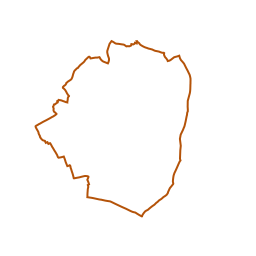 the district of Ibadan South West, Oyo, Nigeria, rotated 330°
{"feature_id": "59680162B83508950999506", "entity_name": "Ibadan South West", "entity_type": "district", "adm_level": 2, "iso_a3": "NGA", "parent_name": "Nigeria", "parent_adm1": "Oyo", "projection": "robinson", "projection_center": [3.862, 7.363], "detail": "fine", "context": "isolated", "style": "outline", "palette": "amber", "viewbox_px": 256, "rotation_deg": 330, "n_neighbors": 0, "source": "geoboundaries", "source_scale": "gbopen_adm2", "svg_char_len": 5473}
<svg xmlns="http://www.w3.org/2000/svg" viewBox="0 0 256 256"><g transform="rotate(330 128 128)"><path d="M139.1,199.1L139.4,198.8L140.1,196.8L141.1,195.3L142.7,193.2L143.8,191.9L144.7,191.1L145.6,190.3L147.5,189.0L149.9,187.3L151.8,185.9L154.1,184.2L156.1,182.8L157.2,182.4L157.6,180.7L162.2,173.4L164.8,169.8L167.5,163.4L170.3,160.1L174.7,157.1L176.2,155.9L177.3,155.1L178.0,154.5L179.6,152.8L181.2,151.1L183.2,148.8L184.7,147.1L185.6,146.2L186.9,144.4L187.5,143.9L188.1,143.5L189.1,141.8L190.3,139.4L193.3,134.4L195.0,132.7L199.0,128.7L200.2,127.2L201.3,125.6L202.6,123.5L203.7,121.7L204.3,120.8L205.0,119.6L206.1,117.8L206.9,116.3L207.6,114.2L208.0,112.6L208.1,110.7L208.3,108.3L208.4,105.0L208.7,100.3L208.4,98.4L207.8,95.5L207.9,93.5L208.5,91.0L206.3,90.6L204.6,90.1L203.3,89.8L201.2,90.1L198.9,90.4L197.6,90.4L195.9,89.9L196.0,89.5L196.1,89.0L196.0,88.3L196.0,88.1L196.0,87.8L196.0,87.3L195.9,86.9L195.9,86.7L195.8,86.2L195.6,85.6L195.6,85.1L195.5,84.5L195.6,84.3L195.6,84.1L195.7,83.7L195.7,83.1L195.8,82.6L196.1,82.1L196.4,81.7L196.8,81.2L196.7,80.9L196.3,80.7L196.2,80.5L195.4,80.1L194.1,78.7L193.1,77.4L191.9,76.3L190.5,75.1L189.8,74.4L189.6,74.1L189.3,73.7L188.8,73.0L188.5,72.5L188.3,72.2L187.7,71.6L187.0,70.9L186.3,70.2L185.7,69.7L185.3,69.2L184.9,68.8L184.5,68.2L183.9,67.6L182.8,66.3L181.5,64.3L180.3,62.1L180.1,61.0L180.1,60.2L179.5,58.7L179.2,58.0L179.3,57.4L178.8,57.1L178.6,57.8L178.1,58.6L178.0,58.8L177.8,59.1L176.7,57.8L176.6,57.7L176.4,58.0L176.1,58.2L175.6,58.3L174.9,58.3L174.2,58.2L173.9,57.9L173.4,57.4L173.1,57.1L172.8,57.0L172.6,57.3L172.4,57.6L172.2,57.9L172.0,58.1L171.7,58.1L170.8,58.0L170.4,58.0L169.8,57.8L169.5,57.6L168.9,57.1L168.6,57.0L168.2,56.8L167.8,56.6L167.4,56.5L166.9,55.4L166.4,54.2L165.8,53.5L164.5,52.5L162.9,51.2L161.9,50.4L160.3,49.3L159.7,48.8L159.2,48.1L158.4,46.4L157.5,44.9L157.2,44.5L154.1,45.9L150.9,48.8L148.6,50.9L147.9,52.0L147.4,53.4L146.8,55.5L146.3,58.2L145.5,59.7L143.9,61.3L142.9,62.0L141.4,60.1L140.2,58.6L139.4,57.4L139.0,56.1L138.7,54.9L138.7,54.1L138.7,53.0L138.7,52.4L136.4,51.6L135.4,51.0L135.1,50.8L133.0,50.0L131.3,49.4L130.3,49.0L130.3,48.7L130.4,48.4L130.4,47.5L130.0,46.8L129.4,46.7L126.8,47.3L124.8,47.8L123.6,48.5L122.3,48.9L119.4,49.4L118.1,49.6L117.0,50.0L115.7,50.4L114.9,50.9L113.6,50.8L113.1,50.9L111.9,51.3L110.5,51.6L109.3,52.3L108.7,52.9L107.7,53.7L106.8,54.6L105.8,55.6L104.9,56.4L103.6,57.3L102.5,57.6L100.6,57.7L98.8,57.8L98.3,58.0L97.0,58.2L96.6,58.7L96.1,59.0L95.5,59.3L94.6,59.5L93.7,59.5L93.0,59.7L92.1,60.0L91.9,60.3L91.7,60.7L92.0,61.4L92.2,62.0L92.4,62.9L92.6,63.7L92.6,64.7L92.6,65.5L92.6,66.3L92.5,67.2L92.6,69.3L92.9,70.8L92.7,71.0L92.4,71.0L92.2,71.0L91.7,71.3L91.4,71.5L91.2,71.7L90.8,72.0L90.6,72.3L90.3,72.9L89.7,73.6L89.0,74.5L88.8,74.7L88.7,74.7L88.6,74.9L88.3,75.3L88.2,75.5L87.1,74.5L86.1,73.2L85.2,72.2L84.6,71.4L83.8,70.5L82.8,69.7L82.0,69.0L81.8,69.2L81.5,69.4L81.3,69.5L81.1,69.4L80.7,69.3L80.4,69.3L80.1,69.3L80.0,69.5L80.2,70.0L80.2,70.4L80.1,70.5L79.9,70.7L79.4,70.7L79.0,70.7L78.6,70.7L78.2,70.7L78.0,70.8L77.7,70.8L77.2,70.9L76.9,70.9L76.7,71.0L76.3,70.9L76.1,70.7L75.9,70.7L75.7,70.6L75.4,70.8L75.2,71.0L74.8,71.5L74.5,71.7L74.0,71.9L73.7,72.1L73.6,72.5L73.5,72.9L73.5,73.4L73.4,73.9L72.6,75.0L72.3,75.5L72.2,76.1L72.1,76.6L72.1,77.0L72.4,77.5L72.6,78.1L72.9,79.1L73.1,80.1L72.7,80.3L71.9,80.3L71.3,80.5L70.6,80.5L70.4,80.5L69.1,80.6L68.0,80.5L66.9,80.5L64.9,80.5L61.2,80.4L57.6,80.2L53.6,80.2L52.8,80.1L52.0,80.1L51.5,80.2L51.3,80.2L50.9,80.2L50.2,80.1L49.7,80.1L48.8,80.3L48.6,80.8L48.4,81.8L48.5,82.4L48.4,83.1L48.4,84.2L48.4,85.8L48.3,87.0L47.9,87.9L47.7,89.4L47.8,90.4L47.7,90.8L47.4,91.4L47.3,92.0L47.5,92.4L47.3,93.0L47.5,94.1L48.0,95.9L49.1,97.1L49.6,97.6L49.5,97.9L49.4,99.2L49.4,99.8L49.7,99.8L50.4,99.8L51.1,99.9L51.2,100.2L51.1,100.9L51.1,102.0L51.6,102.1L52.4,102.1L52.9,102.1L53.0,102.3L53.0,103.8L53.0,104.9L52.9,106.2L53.0,107.8L53.0,109.6L53.0,110.9L53.1,112.4L53.1,113.7L53.1,114.7L53.1,115.4L53.1,116.1L52.9,117.1L52.8,117.8L52.8,118.3L52.9,118.8L53.0,119.0L55.1,119.8L56.8,120.3L58.1,120.6L57.8,122.6L57.6,123.8L57.0,126.3L56.4,130.7L57.1,130.9L58.3,131.1L58.9,131.1L59.1,131.6L59.0,132.2L58.6,133.4L58.4,133.8L58.3,134.3L58.2,135.3L57.9,136.4L57.6,137.7L57.3,139.3L56.9,141.0L56.4,142.8L56.2,143.5L56.0,143.9L55.9,144.4L56.3,144.7L56.6,144.8L58.1,145.3L59.5,145.8L61.2,146.4L63.4,147.0L66.4,147.9L67.5,148.5L68.7,149.4L69.1,149.8L69.4,150.3L69.3,150.6L69.0,150.9L67.6,152.0L66.9,152.5L66.8,153.0L66.8,153.8L66.5,155.4L66.1,157.3L65.7,157.3L64.7,157.3L64.5,158.1L64.4,158.6L63.9,159.5L63.4,159.9L62.6,160.9L62.2,161.4L61.9,161.9L61.3,162.8L60.6,163.8L59.7,165.2L59.2,166.0L58.9,166.6L58.2,167.6L59.6,168.7L61.5,170.2L62.9,171.4L65.3,173.6L67.4,175.5L69.2,176.9L69.8,177.5L70.8,178.4L72.1,179.6L74.3,181.4L75.7,182.5L76.2,183.1L76.7,183.8L79.2,187.5L81.0,190.1L82.6,192.4L84.1,194.5L85.8,196.8L87.2,198.9L88.8,201.3L90.0,202.9L90.3,203.2L90.9,203.8L92.1,204.9L92.3,205.3L92.9,206.5L94.2,208.9L95.7,211.4L96.0,211.5L96.3,211.2L96.9,210.7L97.5,210.3L98.2,210.0L99.2,209.5L100.3,209.1L101.0,208.8L102.2,208.7L104.4,208.8L105.7,208.5L108.0,208.1L110.2,207.8L111.8,207.7L112.7,207.6L114.1,207.2L115.3,206.9L116.6,206.8L117.3,206.6L118.8,206.2L119.2,206.2L121.4,206.1L121.9,206.0L122.5,205.9L123.4,205.7L124.2,205.5L125.4,205.5L126.5,205.4L127.3,205.3L128.0,205.2L128.7,204.9L129.7,204.4L130.2,204.1L130.4,203.7L133.9,201.2L134.2,201.0L135.0,200.7L136.6,200.1L137.6,199.7L139.1,199.1Z" fill="none" stroke="#b45309" stroke-width="2"/></g></svg>